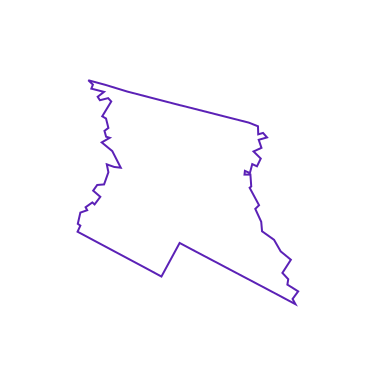 the district of Grant, Louisiana, United States of America, rotated 208°
{"feature_id": "52423323B37806009634223", "entity_name": "Grant", "entity_type": "district", "adm_level": 2, "iso_a3": "USA", "parent_name": "United States of America", "parent_adm1": "Louisiana", "projection": "mercator", "projection_center": [-92.542, 31.593], "detail": "fine", "context": "isolated", "style": "outline", "palette": "violet", "viewbox_px": 384, "rotation_deg": 208, "n_neighbors": 0, "source": "geoboundaries", "source_scale": "gbopen_adm2", "svg_char_len": 1031}
<svg xmlns="http://www.w3.org/2000/svg" viewBox="0 0 384 384"><g transform="rotate(208 192 192)"><path d="M48.0,141.5L53.0,144.8L51.6,154.1L64.3,155.0L66.1,160.2L74.2,163.0L72.9,178.6L85.8,181.2L97.1,188.3L111.7,190.2L116.9,198.2L128.2,206.8L126.6,211.8L143.1,222.8L142.3,224.7L148.6,234.8L153.8,232.0L155.2,235.5L149.8,235.9L151.9,244.9L146.7,245.2L147.0,253.8L156.7,256.7L151.4,263.6L157.6,269.4L151.4,275.4L157.0,277.5L160.6,274.0L164.6,281.0L174.5,279.9L241.9,263.4L242.9,263.1L296.3,250.3L318.9,245.9L336.0,242.0L329.9,240.3L329.4,236.0L316.7,239.1L320.0,231.8L316.4,229.8L310.1,235.5L305.8,234.0L306.8,216.7L302.4,216.5L295.9,209.3L298.0,204.9L293.8,200.5L290.1,201.2L295.0,193.4L281.6,190.7L266.3,180.0L272.4,177.6L280.2,176.4L275.1,170.2L273.2,157.4L279.0,153.7L279.9,146.8L270.7,144.7L272.2,135.3L275.1,136.0L278.8,128.6L276.0,126.7L280.9,121.4L277.9,110.3L274.8,109.9L274.4,103.2L194.0,103.1L179.3,103.0L179.0,139.9L179.0,141.2L161.3,141.2L78.1,141.5L48.0,141.5Z" fill="none" stroke="#5b21b6" stroke-width="2"/></g></svg>